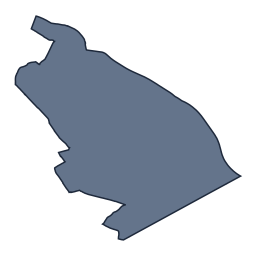 Brielle, Zuid-Holland, Netherlands
{"feature_id": "6326949B68429604867621", "entity_name": "Brielle", "entity_type": "district", "adm_level": 2, "iso_a3": "NLD", "parent_name": "Netherlands", "parent_adm1": "Zuid-Holland", "projection": "robinson", "projection_center": [4.167, 51.891], "detail": "fine", "context": "isolated", "style": "filled", "palette": "slate", "viewbox_px": 256, "rotation_deg": 0, "n_neighbors": 0, "source": "geoboundaries", "source_scale": "gbopen_adm2", "svg_char_len": 5216}
<svg xmlns="http://www.w3.org/2000/svg" viewBox="0 0 256 256"><path d="M240.6,176.1L239.5,175.5L237.8,174.4L236.6,173.6L234.4,171.9L233.3,171.0L232.3,170.0L231.3,169.1L230.3,168.1L229.4,167.1L228.5,166.1L227.6,165.0L226.8,163.8L225.4,161.8L224.7,160.7L224.1,159.6L223.5,158.4L223.1,157.4L222.1,154.9L221.7,153.6L221.4,152.5L220.4,148.6L219.7,146.1L219.5,145.2L219.1,144.0L218.6,142.6L217.8,140.6L217.3,139.4L216.7,138.1L216.1,137.2L215.3,135.8L214.7,134.8L213.4,132.9L207.9,125.1L203.1,118.3L202.2,117.1L201.4,116.0L200.4,114.8L198.8,112.9L197.4,111.4L195.8,109.8L194.2,108.5L193.2,107.6L192.2,106.8L190.6,105.6L189.8,105.0L187.7,103.7L185.2,102.3L181.7,100.7L179.3,99.0L178.5,98.5L178.1,98.2L174.9,96.4L172.2,94.1L169.8,92.4L158.4,85.2L157.1,84.3L152.1,81.2L149.1,79.4L147.4,78.5L144.4,76.9L143.2,76.4L134.3,72.4L131.7,71.2L129.5,70.1L126.5,68.5L123.7,66.8L115.7,61.8L114.8,61.2L113.9,60.6L112.0,59.2L110.9,58.4L110.0,57.6L106.1,54.1L105.9,54.0L105.1,53.4L104.5,53.1L103.9,52.8L103.2,52.5L102.7,52.3L102.4,52.3L101.9,52.1L101.2,52.0L98.8,51.7L96.1,51.3L87.2,50.1L86.7,50.0L86.5,49.9L86.5,49.6L86.2,49.3L85.4,45.5L85.3,44.4L85.2,43.1L85.4,43.1L85.3,42.2L84.7,41.2L84.4,39.6L84.0,38.8L82.2,36.2L80.8,34.6L78.9,32.4L78.2,31.8L77.7,31.3L77.1,30.8L75.6,29.8L74.6,29.1L69.2,26.6L68.9,26.5L68.4,26.3L68.4,26.2L67.5,25.8L67.3,25.9L67.3,26.0L64.7,25.1L62.4,24.9L57.9,24.0L56.1,23.9L51.3,23.2L47.8,21.2L46.7,20.5L44.7,19.5L42.9,18.6L41.2,17.9L39.8,17.3L38.1,16.7L37.3,16.4L36.5,16.2L36.1,16.1L31.3,28.8L32.6,29.6L33.4,30.0L33.6,30.1L33.8,30.2L34.4,30.6L34.7,30.8L35.1,31.1L35.4,31.2L35.6,31.3L36.7,32.0L37.6,32.7L38.0,32.9L40.3,34.3L40.8,34.6L41.5,35.0L41.8,35.2L42.3,35.5L42.7,35.8L43.6,36.4L44.1,37.0L45.0,37.5L46.3,38.2L47.2,38.7L47.4,38.9L47.9,39.2L48.2,39.4L48.9,39.8L49.5,40.0L49.9,40.1L50.0,40.1L50.4,40.1L51.2,40.1L51.7,40.0L52.2,40.1L52.8,40.2L53.3,40.4L53.6,40.9L54.0,41.3L54.5,41.4L54.3,41.7L53.9,42.0L53.5,42.3L53.4,42.4L53.2,42.8L52.9,43.2L48.1,53.3L46.7,56.0L45.2,58.8L45.1,59.1L43.2,60.6L42.6,61.0L41.7,61.6L40.9,62.4L40.2,63.1L39.5,64.0L39.4,64.1L39.4,64.3L39.2,64.5L38.9,64.3L39.0,64.3L38.9,64.2L37.6,63.2L36.0,62.0L35.8,61.9L35.6,61.8L35.4,61.9L34.7,62.0L33.9,62.1L32.0,62.3L31.3,62.4L30.4,62.6L28.7,63.2L28.3,63.4L28.0,63.6L27.8,63.7L27.7,63.9L27.2,64.6L27.1,64.8L26.7,65.1L26.5,65.3L26.2,65.4L25.3,65.9L24.8,66.1L23.8,66.5L22.9,66.8L21.6,67.1L21.1,67.3L20.6,67.5L20.1,67.9L19.8,68.1L19.6,68.3L19.4,68.6L19.1,69.1L18.7,69.6L18.5,70.0L18.3,70.4L18.2,70.6L17.4,72.7L16.8,73.6L16.7,73.9L16.6,74.2L16.5,74.3L16.2,75.4L16.1,75.5L15.9,75.8L15.7,76.4L15.6,77.0L15.5,77.7L15.4,78.9L15.4,79.4L15.4,80.4L15.5,82.4L15.4,82.4L15.4,83.3L15.5,83.2L15.5,83.9L15.5,84.2L15.5,84.7L16.4,85.3L18.7,87.8L19.7,88.7L21.3,90.5L22.4,91.6L23.1,92.4L23.6,92.9L24.6,93.9L24.8,94.1L25.1,94.3L24.8,94.5L25.5,95.1L25.8,95.3L26.0,95.5L26.4,95.8L27.1,96.6L29.0,98.7L31.0,100.8L33.6,103.6L34.5,104.5L34.9,104.9L37.7,107.9L38.2,108.0L40.3,110.2L41.4,111.4L42.3,112.4L43.0,113.1L44.2,114.4L47.0,117.4L48.0,118.5L48.4,119.1L49.4,122.8L49.2,123.0L54.4,130.6L54.3,130.8L58.9,136.9L59.2,137.6L62.5,140.8L66.0,143.8L66.1,144.1L68.5,147.2L69.6,147.7L69.0,148.7L68.9,149.0L68.6,149.7L68.6,149.8L67.2,150.2L62.3,151.5L60.5,152.0L59.4,152.3L58.6,152.5L59.5,154.4L60.6,156.5L61.0,156.4L64.0,160.4L64.0,160.5L64.2,160.8L64.9,161.7L65.0,161.8L64.3,162.2L64.3,162.3L63.3,162.8L62.9,163.1L62.5,163.3L62.4,163.3L61.5,163.8L60.0,164.7L57.9,165.8L57.0,166.4L56.6,166.7L55.4,167.4L55.1,167.6L54.8,167.8L54.7,168.0L54.7,168.4L54.7,168.8L55.0,169.9L55.3,170.9L55.3,171.1L55.4,171.5L55.6,171.9L55.7,172.2L55.9,172.6L56.1,173.0L56.3,173.4L56.6,173.8L56.9,174.2L57.0,174.3L57.3,174.6L57.4,174.8L57.6,175.1L57.9,175.4L59.4,177.5L60.8,179.6L61.4,180.4L62.0,181.4L62.8,182.4L62.8,183.0L64.8,186.0L66.0,187.8L66.2,188.1L66.4,188.4L67.6,189.9L68.3,190.9L68.8,191.6L68.9,191.9L69.1,192.4L70.0,192.2L70.2,192.3L70.3,192.1L71.0,192.0L71.2,192.3L71.3,192.4L71.7,192.3L74.9,191.6L76.4,191.1L77.7,190.8L78.5,190.6L79.6,190.3L80.6,191.1L81.0,191.3L81.8,191.5L82.2,191.7L82.5,192.0L83.8,192.6L84.7,193.1L86.1,193.6L86.7,193.8L88.3,194.4L100.8,197.6L103.1,198.1L105.3,198.7L106.6,199.0L110.2,199.9L111.6,200.3L112.6,200.6L112.9,200.7L114.3,201.1L114.8,201.3L115.9,201.4L116.1,201.5L118.8,202.5L119.6,202.7L120.2,203.0L121.4,203.4L121.7,203.5L122.7,203.9L124.2,204.4L125.8,205.0L125.3,204.9L125.1,204.9L124.9,204.9L123.7,205.4L122.3,206.0L122.0,206.2L121.1,207.0L120.6,207.5L119.5,208.8L119.2,209.2L118.1,210.1L117.0,210.9L116.4,211.3L115.9,211.6L115.6,211.7L114.6,212.0L114.2,212.2L114.0,212.3L113.6,212.5L113.3,212.7L113.1,212.9L112.8,213.2L112.3,213.9L111.3,215.0L110.8,215.3L110.1,215.9L107.9,217.1L107.3,217.6L107.2,217.7L106.8,218.3L106.4,219.0L104.8,221.4L104.4,222.1L104.4,222.4L104.1,222.7L104.0,222.9L103.8,223.1L103.7,223.2L103.1,223.7L102.6,224.1L103.3,224.4L104.1,224.9L105.1,225.5L105.5,225.8L105.9,226.0L106.7,226.4L107.6,226.8L107.8,226.9L109.0,227.5L110.0,228.0L110.8,228.3L112.3,228.8L113.4,229.2L115.2,229.7L116.4,230.1L117.5,230.5L118.0,230.7L118.6,231.5L118.8,232.1L118.7,232.7L118.8,233.1L118.9,233.8L118.9,234.4L118.7,235.8L118.5,236.9L118.4,238.8L121.3,239.6L123.5,239.9L209.1,193.2L240.6,176.1Z" fill="#64748b" stroke="#1e293b" stroke-width="1.5"/></svg>